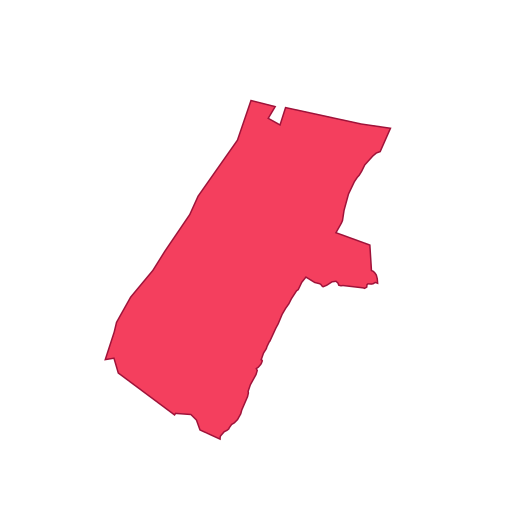 Giles, Virginia, United States of America, rotated 146°
{"feature_id": "52423323B66517742770960", "entity_name": "Giles", "entity_type": "district", "adm_level": 2, "iso_a3": "USA", "parent_name": "United States of America", "parent_adm1": "Virginia", "projection": "albers", "projection_center": [-80.724, 37.315], "detail": "fine", "context": "isolated", "style": "filled", "palette": "rose", "viewbox_px": 512, "rotation_deg": 146, "n_neighbors": 0, "source": "geoboundaries", "source_scale": "gbopen_adm2", "svg_char_len": 1475}
<svg xmlns="http://www.w3.org/2000/svg" viewBox="0 0 512 512"><g transform="rotate(146 256 256)"><path d="M412.4,169.8L410.7,170.5L398.6,161.0L397.1,153.3L399.7,143.1L388.2,124.3L386.9,126.0L385.9,126.7L380.6,128.1L377.6,127.7L375.1,127.9L374.4,128.5L370.4,130.0L367.3,129.8L362.8,130.7L356.9,133.7L353.9,136.3L341.7,144.1L338.9,146.7L338.2,148.2L332.7,152.4L322.3,157.7L319.0,160.4L318.7,162.5L316.3,162.5L312.6,163.5L311.3,164.2L309.4,165.6L309.3,166.3L309.7,167.1L304.1,171.3L299.3,173.4L297.4,174.9L292.7,177.6L292.2,177.6L279.9,185.1L275.5,187.4L267.0,193.0L260.6,196.1L255.5,198.0L250.5,200.8L246.5,202.5L241.8,204.5L239.8,204.5L232.8,208.6L226.4,210.6L222.3,201.6L222.2,201.3L218.7,197.4L218.1,196.1L218.1,194.5L217.6,193.0L213.7,192.2L208.4,192.1L207.4,192.1L203.8,190.3L203.2,187.7L203.7,185.5L202.2,183.8L200.4,182.9L184.9,169.6L184.1,168.5L181.6,168.3L180.0,170.2L178.7,170.3L176.0,168.2L174.4,167.5L172.0,167.4L171.2,166.5L171.1,166.4L170.4,165.4L168.2,169.3L166.9,173.0L166.9,175.3L167.3,177.6L168.4,179.4L155.5,201.4L176.7,230.6L166.7,235.6L164.4,237.1L157.4,244.7L144.6,255.7L132.9,262.6L128.0,264.6L125.4,265.2L121.0,267.2L114.9,270.7L103.2,273.6L98.6,274.1L94.7,273.1L73.1,286.7L95.1,306.7L148.5,362.5L162.8,351.2L168.9,363.3L156.6,369.1L173.2,387.7L206.6,362.4L270.5,338.0L287.7,327.4L328.7,311.0L349.6,301.7L382.9,292.0L408.7,279.0L416.1,272.2L438.9,254.4L430.9,250.7L435.6,236.0L412.4,169.8Z" fill="#f43f5e" stroke="#9f1239" stroke-width="1.5"/></g></svg>